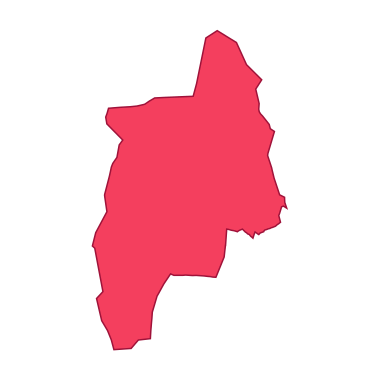 outline of Atakunmosa East, Osun, Nigeria, rotated 184°
{"feature_id": "59680162B38390932765307", "entity_name": "Atakunmosa East", "entity_type": "district", "adm_level": 2, "iso_a3": "NGA", "parent_name": "Nigeria", "parent_adm1": "Osun", "projection": "equal_earth", "projection_center": [4.735, 7.438], "detail": "fine", "context": "isolated", "style": "filled", "palette": "rose", "viewbox_px": 384, "rotation_deg": 184, "n_neighbors": 0, "source": "geoboundaries", "source_scale": "gbopen_adm2", "svg_char_len": 1853}
<svg xmlns="http://www.w3.org/2000/svg" viewBox="0 0 384 384"><g transform="rotate(184 192 192)"><path d="M281.1,269.7L282.2,264.5L283.3,260.7L281.7,254.0L264.7,239.0L267.9,233.9L269.3,221.3L273.0,215.0L274.2,211.2L274.8,206.7L275.5,202.0L278.9,183.8L279.0,182.8L278.6,180.7L275.5,166.4L285.2,144.7L287.6,131.2L285.1,129.2L273.9,86.4L279.8,79.1L273.1,57.3L266.6,47.9L262.2,38.9L258.9,29.3L241.8,31.7L235.2,40.6L223.3,42.8L223.4,50.7L223.3,58.7L223.2,63.2L223.2,69.4L219.6,85.7L218.1,88.8L213.9,97.9L213.6,98.5L210.5,103.9L207.7,108.8L204.2,107.6L201.9,107.8L199.1,108.0L195.6,108.2L192.5,108.7L189.7,108.7L187.9,108.7L185.8,108.7L182.0,109.1L178.1,109.1L173.9,109.1L170.3,108.9L168.0,108.9L165.4,108.6L162.2,108.6L155.4,129.4L154.9,141.7L154.8,140.3L154.8,157.4L153.4,157.3L151.8,157.0L150.6,156.7L149.3,156.5L148.0,156.4L146.8,156.2L145.4,155.9L144.0,155.5L143.1,156.3L142.1,157.0L139.1,158.5L135.9,155.7L134.8,155.2L133.6,154.1L131.9,153.6L130.3,151.9L129.1,151.1L128.0,150.2L127.0,154.3L126.3,156.5L124.6,155.5L123.4,154.7L122.4,154.2L121.2,155.8L119.7,156.5L117.7,157.4L117.2,158.7L116.4,159.3L114.9,159.8L113.6,160.5L111.9,161.0L110.4,161.9L109.2,162.3L107.8,163.0L106.5,163.6L105.5,164.5L104.7,165.4L103.4,166.3L102.5,167.2L101.6,168.0L103.8,174.6L103.1,176.9L101.6,183.5L99.8,184.3L96.4,182.5L98.7,188.0L99.0,190.3L99.3,193.2L104.4,195.3L111.1,211.6L113.7,219.8L114.2,221.6L114.6,222.6L119.1,233.6L119.0,235.6L114.0,258.1L118.3,260.6L119.7,264.8L126.9,272.7L129.0,274.6L130.5,276.7L131.2,279.2L131.2,284.9L135.6,299.1L130.3,308.8L146.5,322.8L158.1,344.2L178.1,354.7L185.6,349.1L188.9,346.6L195.0,300.4L197.5,287.6L199.4,287.3L199.8,287.3L221.3,284.9L225.9,284.4L235.8,283.2L240.9,279.7L245.2,276.3L246.6,275.8L252.9,273.9L259.8,272.7L269.3,271.5L271.3,271.2L277.9,270.2L281.1,269.7Z" fill="#f43f5e" stroke="#9f1239" stroke-width="1.5"/></g></svg>